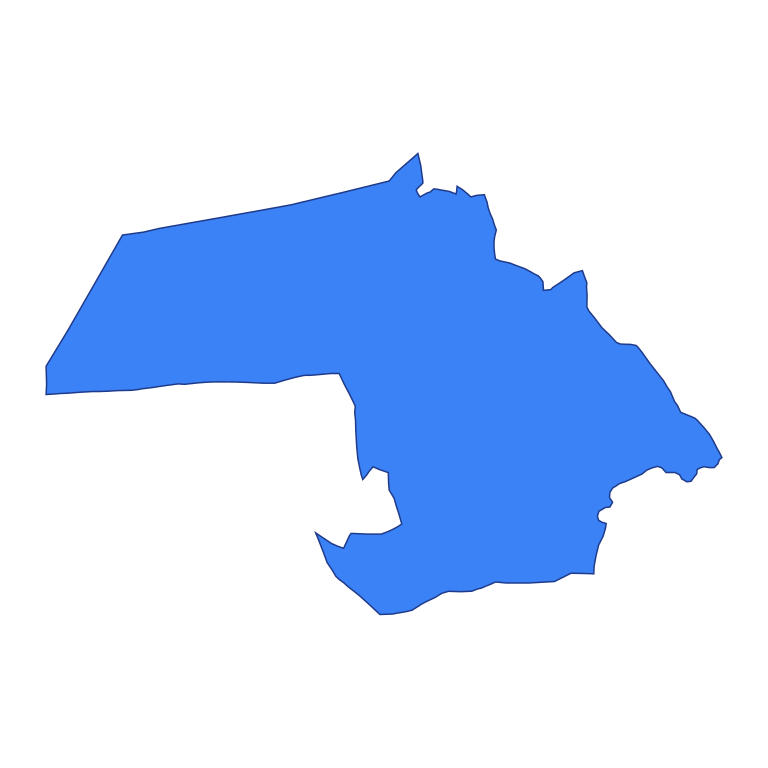 Sinjar, Ninawa, Iraq
{"feature_id": "34846034B46284853096134", "entity_name": "Sinjar", "entity_type": "district", "adm_level": 2, "iso_a3": "IRQ", "parent_name": "Iraq", "parent_adm1": "Ninawa", "projection": "albers", "projection_center": [41.933, 36.336], "detail": "fine", "context": "isolated", "style": "filled", "palette": "blue", "viewbox_px": 768, "rotation_deg": 0, "n_neighbors": 0, "source": "geoboundaries", "source_scale": "gbopen_adm2", "svg_char_len": 3120}
<svg xmlns="http://www.w3.org/2000/svg" viewBox="0 0 768 768"><path d="M593.8,573.8L594.1,566.3L596.0,555.9L598.6,545.1L603.1,536.2L605.4,528.6L606.2,523.5L601.6,522.1L598.6,520.2L597.4,516.4L598.9,511.3L605.4,507.5L609.9,507.0L612.6,502.3L609.5,497.6L609.9,492.4L612.5,488.2L619.7,483.5L625.4,481.6L630.7,479.2L637.9,475.9L642.1,474.0L646.6,470.2L652.3,467.8L657.6,466.4L661.8,467.8L666.0,472.5L670.9,472.5L675.1,472.5L679.6,474.8L681.9,479.0L686.9,481.8L691.0,481.3L693.7,477.6L696.7,473.8L697.1,469.6L699.7,468.1L703.9,466.7L709.2,467.6L714.1,467.6L717.9,463.8L719.4,459.6L721.9,457.6L718.7,451.1L717.5,449.3L713.7,441.7L709.5,434.4L704.2,427.9L701.9,425.3L699.2,422.4L697.7,420.6L694.8,418.1L680.7,412.3L677.4,405.4L674.5,401.4L670.4,391.6L667.1,386.9L663.3,380.3L661.2,377.8L650.0,363.6L641.8,352.0L638.0,347.3L636.2,345.5L630.6,344.4L620.7,344.1L616.6,342.6L609.2,334.6L601.9,327.7L595.1,318.6L590.3,312.7L590.0,312.4L588.9,311.0L586.9,307.0L586.9,303.7L587.1,295.0L586.5,287.4L586.8,282.6L585.1,278.3L582.4,270.6L579.5,271.4L574.2,272.8L562.8,280.9L552.9,287.4L550.8,289.6L543.5,290.4L542.9,281.6L540.3,278.0L538.2,275.8L534.4,274.0L530.6,271.8L525.3,268.9L514.5,264.9L510.1,263.1L499.9,260.9L495.5,259.1L494.6,253.6L494.0,247.5L494.0,242.0L494.6,236.9L496.3,230.0L494.6,225.6L492.5,218.7L490.8,215.1L489.6,212.1L488.1,207.4L487.0,202.0L485.5,198.0L484.3,194.7L476.4,195.4L470.9,196.9L467.7,194.0L462.4,189.6L457.1,186.3L456.6,191.4L456.0,194.0L449.2,191.4L441.1,190.0L437.0,189.2L433.8,188.9L430.0,192.1L427.3,192.9L420.0,196.9L418.0,193.9L416.2,190.3L417.7,188.1L421.5,184.5L422.9,183.0L422.7,180.1L421.2,169.2L420.9,166.3L417.9,153.5L395.9,172.7L389.2,181.0L340.9,192.9L328.2,195.9L290.7,204.9L246.0,213.0L192.1,222.6L159.4,228.4L143.7,232.1L122.5,235.0L92.0,288.3L83.4,303.3L67.5,331.0L46.1,366.2L46.6,384.3L46.1,394.5L57.0,393.8L60.2,393.5L67.6,393.2L80.5,392.2L93.1,391.5L99.3,391.5L107.8,391.2L117.2,390.6L131.5,390.3L137.7,389.6L141.2,388.9L152.7,387.5L161.8,386.1L169.7,385.0L178.2,383.9L184.6,384.3L197.5,382.9L206.6,382.2L214.0,381.9L225.1,381.9L235.4,382.0L246.8,382.4L264.1,383.2L274.7,383.2L284.3,380.3L294.9,377.4L303.1,375.6L305.5,375.3L309.6,375.3L315.4,374.9L331.0,373.5L339.2,373.5L344.4,384.5L348.8,392.8L353.5,402.3L355.3,406.3L354.7,412.5L355.5,419.8L355.8,430.7L356.7,446.4L357.8,458.4L359.3,466.0L359.9,468.9L361.3,475.1L362.8,479.5L366.3,475.5L369.3,471.1L373.1,466.8L376.3,468.2L378.7,469.3L388.3,472.6L388.6,483.2L389.2,490.1L394.2,498.5L396.2,505.7L398.6,513.0L401.8,524.0L397.4,526.9L392.7,529.4L388.0,531.6L381.2,534.1L367.4,534.1L351.2,533.4L349.5,535.5L343.6,548.3L337.4,546.1L331.5,543.5L321.2,536.6L315.7,532.9L318.5,539.7L323.2,551.8L327.1,562.5L332.9,571.2L335.7,576.1L339.2,579.5L343.9,582.9L348.2,586.8L355.7,592.6L358.8,595.1L367.4,602.8L375.2,610.1L379.9,614.5L392.9,614.0L397.2,613.1L400.7,612.6L406.2,611.6L412.1,610.2L421.9,603.9L426.7,601.4L435.7,597.1L442.0,593.2L448.6,591.3L460.8,591.7L471.8,591.2L478.0,588.8L480.8,588.3L495.7,582.0L506.3,583.0L528.6,583.0L554.5,581.5L571.0,573.2L588.6,573.6L593.8,573.8Z" fill="#3b82f6" stroke="#1e3a8a" stroke-width="1.5"/></svg>